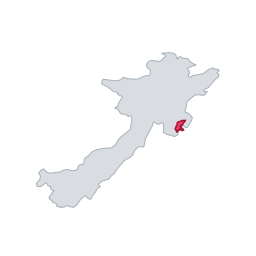 Viengxay, Houaphan, Laos shown in context, rotated 78°
{"feature_id": "54806243B54136616884271", "entity_name": "Viengxay", "entity_type": "district", "adm_level": 2, "iso_a3": "LAO", "parent_name": "Laos", "parent_adm1": "Houaphan", "projection": "equal_earth", "projection_center": [104.544, 20.388], "detail": "fine", "context": "in_parent", "style": "filled", "palette": "rose", "viewbox_px": 256, "rotation_deg": 78, "n_neighbors": 0, "source": "geoboundaries", "source_scale": "gbopen_adm2", "svg_char_len": 5629}
<svg xmlns="http://www.w3.org/2000/svg" viewBox="0 0 256 256"><g transform="rotate(78 128 128)"><path d="M97.3,29.6L98.2,31.8L102.7,37.8L103.5,39.4L105.1,40.7L106.5,46.0L107.0,46.3L107.8,45.9L108.4,45.2L108.8,43.1L109.1,42.9L109.6,44.6L110.9,45.1L111.5,45.9L111.6,47.1L111.4,48.5L110.3,51.5L109.7,55.6L114.1,64.3L115.9,65.5L120.3,66.9L123.3,68.9L124.7,68.4L126.0,66.2L127.6,65.0L130.6,63.1L131.5,63.0L133.1,63.8L135.8,65.9L139.8,70.0L139.7,71.1L139.0,72.2L136.8,73.8L136.1,74.8L136.5,75.2L138.3,75.5L140.5,76.4L141.1,77.5L141.5,79.9L141.9,80.4L143.9,80.1L144.5,80.4L145.2,81.2L145.9,83.2L145.9,84.8L143.9,87.4L143.7,89.0L142.6,90.9L139.9,94.1L139.2,94.3L134.2,92.6L130.2,92.8L129.9,93.5L130.5,95.4L130.7,97.3L130.1,98.8L127.8,100.7L127.7,101.5L128.2,102.4L131.5,104.1L142.2,113.3L147.0,115.1L149.2,116.2L149.7,116.9L149.7,117.7L149.2,118.7L148.7,120.5L148.7,121.6L149.2,122.7L150.0,124.3L153.0,127.8L155.2,128.6L157.5,132.6L158.2,136.2L159.3,138.4L164.9,146.1L169.5,150.8L172.3,155.8L173.7,157.0L174.1,158.8L174.5,164.2L176.1,166.8L176.4,167.9L177.1,168.7L177.9,168.9L179.5,167.1L179.9,167.4L180.6,170.2L181.3,171.2L183.7,173.0L186.4,176.4L187.8,177.6L189.5,178.6L189.8,179.7L189.5,180.8L188.9,181.5L185.9,183.4L185.5,184.3L187.5,188.7L192.6,194.1L194.2,197.3L193.8,198.9L192.5,202.0L191.4,202.9L191.1,203.9L191.9,206.4L191.9,210.4L190.9,211.4L190.0,213.8L189.4,214.0L187.9,213.1L184.6,217.3L183.2,217.1L181.6,219.4L179.5,219.7L178.1,218.0L175.0,215.2L173.8,213.4L172.9,214.9L171.3,216.4L169.0,215.9L168.3,218.0L167.9,218.3L165.1,218.7L164.6,219.0L165.0,220.9L166.7,224.2L167.2,226.0L166.2,229.1L163.3,229.0L162.0,227.8L160.4,225.2L156.7,223.5L154.2,224.7L153.5,224.6L151.6,222.4L150.9,221.0L150.5,219.0L153.3,217.3L154.7,216.0L155.7,214.6L156.1,213.1L156.5,207.1L156.9,205.0L156.7,202.4L155.9,200.3L155.9,197.3L156.3,194.8L157.4,193.5L158.1,191.8L158.6,187.8L158.2,186.7L157.2,185.8L155.4,184.8L154.3,183.6L153.8,182.2L153.9,181.0L154.4,179.9L153.1,178.7L149.8,177.4L148.0,175.8L147.7,174.0L146.3,171.5L144.0,168.5L142.8,164.2L142.7,158.6L143.0,154.1L144.0,148.8L142.6,145.0L141.1,143.0L139.1,141.5L137.1,139.4L135.3,136.6L133.1,132.5L130.5,127.1L128.7,124.7L127.8,125.3L126.0,124.8L123.1,123.2L120.6,122.4L118.5,122.3L117.1,122.6L116.5,123.4L116.4,124.3L117.0,125.1L116.7,125.7L115.6,126.1L114.7,127.0L113.6,129.0L112.9,131.6L111.9,132.6L110.3,132.8L108.6,133.5L107.1,134.8L106.3,135.8L106.4,136.4L106.1,136.6L105.3,136.2L104.9,135.3L105.0,134.0L104.2,133.1L102.5,132.6L100.7,131.2L97.1,127.4L96.3,127.3L95.1,128.2L93.6,130.3L92.3,131.2L91.3,130.7L90.5,131.5L90.0,133.4L89.0,134.9L84.1,138.9L79.8,144.1L78.7,144.5L76.0,143.1L75.2,142.1L78.9,131.5L79.4,128.9L79.4,125.5L77.8,122.6L77.8,121.8L78.0,121.0L79.9,117.7L82.1,109.2L82.0,106.6L81.1,103.7L80.6,101.0L81.0,97.2L80.9,95.8L79.9,95.1L76.6,94.3L74.7,94.9L73.8,95.9L72.7,96.6L70.6,96.9L68.6,95.7L67.0,93.5L66.7,90.9L68.8,85.3L69.3,83.1L69.2,82.1L68.9,81.0L68.4,80.9L67.4,79.5L66.4,77.2L65.4,76.1L64.5,76.3L63.7,77.2L62.3,79.4L61.8,79.1L63.1,71.4L64.3,68.1L65.6,66.5L67.1,65.9L68.6,66.1L69.8,65.9L70.8,65.0L70.7,64.6L69.6,64.5L69.1,63.6L69.3,61.9L69.9,60.9L70.7,60.4L71.5,58.7L72.3,55.9L73.3,54.5L74.3,54.4L76.2,53.2L78.9,50.8L80.0,48.5L81.0,49.6L80.6,52.2L81.1,52.8L81.3,53.8L81.2,55.3L81.4,56.5L81.8,57.2L82.4,57.5L85.2,56.4L86.9,56.3L89.7,58.3L91.4,56.8L91.4,56.3L90.1,54.4L90.5,47.6L90.4,42.5L88.1,38.7L87.6,37.1L87.4,34.6L86.8,32.5L88.4,30.8L89.4,27.7L90.5,26.9L90.9,27.0L92.3,29.4L94.1,28.2L95.5,28.2L96.6,28.8L97.3,29.6Z" fill="#d9dde1" stroke="#a8b0b8" stroke-width="1"/><path d="M132.4,70.3L132.4,70.6L132.4,71.5L132.4,71.8L132.3,72.2L132.1,72.4L132.1,72.5L131.9,73.0L131.8,73.5L131.9,73.8L132.0,74.1L132.1,74.4L132.2,74.5L132.2,75.1L132.3,75.3L132.4,75.6L132.5,75.8L132.5,76.1L132.5,76.5L132.5,76.9L132.5,77.1L132.5,77.3L132.5,77.5L132.6,77.8L132.6,78.0L132.7,78.3L132.8,78.4L132.9,78.5L133.0,78.6L133.3,78.8L133.5,78.9L133.6,79.0L133.8,79.0L134.0,79.1L134.5,79.1L134.9,79.2L135.0,79.2L135.2,79.3L135.4,79.3L135.6,79.4L135.8,79.5L136.0,79.8L136.3,80.0L136.4,80.3L136.5,80.4L136.4,80.5L136.7,80.6L136.9,80.7L137.1,80.7L137.4,80.9L137.5,81.0L137.6,81.4L137.7,81.5L137.8,81.4L138.0,81.4L138.1,81.5L138.1,81.8L138.3,81.9L138.5,81.9L138.9,81.9L139.0,81.9L139.4,81.9L139.5,81.9L139.7,81.7L140.0,81.5L140.3,81.5L140.4,81.4L140.5,81.4L140.8,81.2L141.2,81.1L141.3,81.1L141.7,81.2L141.9,81.1L142.0,81.1L142.0,80.9L141.9,80.8L141.8,80.7L141.8,80.4L142.0,80.3L142.0,80.2L141.9,80.2L141.7,80.1L141.4,80.1L141.3,79.9L141.2,79.8L141.2,79.7L140.9,79.7L140.8,79.8L140.7,79.8L140.6,79.7L140.4,79.5L140.4,79.4L140.4,79.2L140.3,78.9L140.3,78.7L140.4,78.4L140.5,78.3L140.5,78.2L140.4,78.1L140.5,78.1L140.4,78.1L140.4,77.9L140.5,77.8L140.4,77.7L140.5,77.6L140.5,77.4L140.5,77.2L140.4,77.1L140.4,76.9L140.5,76.7L140.4,76.6L140.2,76.6L140.3,76.4L140.4,76.2L140.5,76.1L140.8,76.2L141.0,76.1L141.2,75.9L141.3,75.9L141.5,75.8L141.5,75.7L141.8,75.4L141.9,75.2L141.7,75.0L141.7,74.9L141.6,74.7L141.4,74.6L141.3,74.4L141.4,74.2L141.2,74.2L140.9,74.1L140.7,74.3L140.5,74.6L140.4,74.6L140.4,74.8L140.5,74.8L140.4,75.1L140.3,75.3L140.2,75.3L139.9,75.4L139.7,75.4L139.5,75.5L139.4,75.5L139.2,75.6L138.9,75.5L138.9,75.8L138.8,76.0L138.7,76.0L138.4,76.2L138.3,76.3L138.2,76.4L138.1,76.5L137.9,76.5L137.7,76.5L137.6,76.4L137.4,76.3L137.2,76.4L136.9,76.2L136.8,75.9L136.7,75.8L136.7,75.7L136.8,75.4L136.9,75.2L136.7,75.1L136.5,74.9L136.4,74.8L136.2,74.8L136.3,74.6L136.2,74.3L136.2,74.2L136.3,74.1L136.1,74.0L135.8,73.8L135.6,73.6L135.4,73.4L135.1,73.2L134.7,72.8L134.4,72.6L134.2,72.4L134.1,72.1L133.8,71.5L133.3,70.9L132.7,70.4L132.4,70.3Z" fill="#f43f5e" stroke="#9f1239" stroke-width="1.5"/></g></svg>